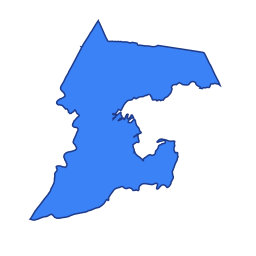 El Estor, Izabal, Guatemala, rotated 7°
{"feature_id": "79465075B63823362918265", "entity_name": "El Estor", "entity_type": "district", "adm_level": 2, "iso_a3": "GTM", "parent_name": "Guatemala", "parent_adm1": "Izabal", "projection": "robinson", "projection_center": [-89.332, 15.436], "detail": "fine", "context": "isolated", "style": "filled", "palette": "blue", "viewbox_px": 256, "rotation_deg": 7, "n_neighbors": 0, "source": "geoboundaries", "source_scale": "gbopen_adm2", "svg_char_len": 5868}
<svg xmlns="http://www.w3.org/2000/svg" viewBox="0 0 256 256"><g transform="rotate(7 128 128)"><path d="M56.2,95.8L56.3,97.2L56.7,98.1L58.4,99.7L59.6,100.2L59.6,100.6L60.6,101.5L61.4,102.9L61.5,104.3L59.1,106.4L57.0,107.4L55.2,109.0L54.3,110.3L54.1,111.1L54.2,112.2L55.2,113.1L56.3,113.5L57.1,113.3L60.2,113.7L63.7,116.8L64.8,116.4L65.2,116.5L66.9,118.4L66.8,119.3L68.5,120.7L69.8,120.4L70.6,119.4L71.7,118.6L72.7,117.3L72.8,116.7L73.6,116.8L75.6,119.8L76.2,120.2L77.2,120.5L78.0,121.5L77.8,122.2L76.0,124.1L74.6,126.4L73.5,127.7L73.1,129.6L72.7,130.3L72.6,132.2L73.2,133.0L74.6,133.8L76.8,133.7L77.9,134.2L78.7,135.4L78.4,137.4L77.8,138.5L77.2,141.4L75.6,146.3L75.3,148.6L75.4,149.1L75.9,149.8L77.3,151.0L79.0,153.3L79.4,154.0L79.4,154.9L78.9,155.8L77.5,156.9L74.3,158.3L71.7,159.1L69.9,160.0L68.8,161.1L68.1,162.2L67.9,162.9L67.9,164.8L68.9,166.3L69.1,167.3L69.8,167.9L71.8,171.3L71.9,172.4L71.4,173.8L70.9,174.4L70.4,174.8L69.2,174.4L68.1,174.6L65.8,174.0L64.4,174.0L62.3,174.4L61.5,175.1L62.0,176.7L62.6,177.4L62.7,178.6L62.2,179.8L61.1,181.3L60.9,183.1L61.2,183.9L61.2,187.6L61.4,187.9L61.3,191.3L59.8,196.0L59.2,197.1L58.5,200.4L57.2,202.6L56.7,203.9L55.1,206.3L54.9,206.8L53.8,208.4L49.2,216.4L47.4,219.2L46.9,220.4L46.3,221.0L42.6,229.4L41.9,230.4L45.1,230.9L46.3,230.8L50.5,229.0L51.1,228.5L53.4,227.3L55.4,226.4L57.9,225.8L59.0,225.2L60.9,223.7L62.5,223.0L63.5,223.3L66.3,225.6L68.7,226.2L71.7,225.7L72.5,225.3L77.0,224.1L79.8,223.1L81.6,221.9L85.2,220.1L96.9,216.3L98.7,215.0L101.1,214.1L105.4,211.6L109.0,210.2L111.1,208.4L113.2,206.1L115.4,201.8L116.1,201.6L116.8,202.2L117.1,202.3L117.5,202.0L117.5,200.9L117.3,199.6L117.5,198.8L118.9,195.9L121.6,191.1L122.6,190.0L124.1,189.1L127.1,187.9L128.1,187.2L129.2,186.9L130.3,187.0L131.3,187.8L133.1,188.4L134.5,188.1L136.4,187.1L138.8,187.6L140.7,189.4L143.0,188.9L143.6,188.4L145.3,188.9L145.8,188.8L146.2,188.4L146.4,187.6L146.1,185.8L146.7,183.9L148.9,181.8L149.6,181.5L151.8,181.1L158.5,181.3L159.5,181.0L162.4,179.5L163.6,179.6L164.2,180.1L164.2,180.8L163.7,184.4L163.9,184.8L164.4,185.0L164.9,184.9L165.4,184.5L166.2,183.5L166.2,183.2L166.4,183.1L167.7,181.3L168.6,180.6L169.5,180.1L170.5,180.1L171.5,180.3L172.9,181.2L174.0,182.3L175.2,181.7L176.4,180.2L177.3,178.2L177.4,177.5L177.3,176.2L178.0,175.2L178.3,173.8L178.9,172.6L178.9,170.7L178.0,169.1L177.8,167.6L177.3,166.5L177.4,165.8L179.3,157.6L180.6,153.8L180.8,151.7L181.2,150.3L181.1,150.0L180.5,149.4L180.4,146.8L179.8,146.4L179.1,146.4L178.6,146.9L177.5,146.6L177.2,145.5L176.8,145.2L176.2,144.0L176.1,141.2L176.6,140.2L175.9,137.9L176.0,135.6L174.8,135.3L173.9,135.7L170.1,136.0L167.5,135.3L163.7,134.9L161.9,135.0L160.6,135.6L158.6,137.9L158.6,138.4L159.3,138.5L161.4,137.4L163.9,136.5L165.4,135.6L166.2,136.2L166.7,137.0L166.7,138.3L166.1,138.8L165.0,139.0L164.5,139.4L163.6,139.5L162.8,140.6L161.5,141.0L160.7,141.8L160.1,144.7L159.6,145.7L158.2,147.5L158.1,150.1L157.5,151.1L156.0,152.1L154.5,152.2L153.4,151.8L151.9,152.3L150.4,153.6L150.0,154.2L149.0,154.9L147.6,156.2L146.9,157.5L147.2,158.5L146.4,158.4L145.9,157.2L145.0,156.9L143.4,155.7L140.9,154.4L139.1,153.1L138.3,152.2L137.6,150.8L137.3,150.8L136.9,151.2L136.9,149.1L135.5,146.4L135.0,144.4L135.1,143.8L138.2,141.1L140.3,141.0L140.6,139.9L139.2,136.2L138.9,134.8L138.6,134.4L137.9,134.3L137.4,134.4L135.6,135.6L134.6,136.8L135.3,135.5L137.1,134.2L138.0,133.0L139.3,133.1L139.7,132.2L141.3,131.6L141.6,130.8L141.5,130.6L140.3,129.9L138.7,126.7L136.3,124.5L135.0,122.1L134.5,120.0L133.6,118.8L133.0,118.7L132.7,119.0L130.3,122.3L128.0,122.5L127.5,122.4L127.5,121.9L127.8,120.2L128.1,119.8L129.0,119.2L129.9,118.1L131.1,117.5L132.4,117.5L132.3,117.1L130.8,114.9L130.4,114.6L129.7,114.8L129.5,115.1L129.5,116.1L128.9,116.6L128.5,117.6L126.8,118.8L125.9,118.1L125.9,117.7L126.5,114.7L126.1,114.3L125.4,114.5L125.0,114.9L124.8,115.8L124.3,116.5L124.0,118.5L123.3,119.1L123.7,119.6L123.6,120.0L123.0,119.9L122.5,118.8L122.0,118.7L119.4,120.9L117.6,121.9L117.4,121.8L117.5,121.5L118.4,120.8L119.1,119.4L120.4,118.9L120.7,118.1L120.6,117.1L119.3,115.5L119.2,113.7L118.7,113.6L117.6,114.3L114.4,117.9L114.0,119.0L112.2,121.1L112.2,120.6L112.0,120.2L114.0,118.5L114.4,117.3L115.1,116.4L115.0,116.1L114.5,116.1L111.8,116.5L111.2,116.3L111.2,115.9L111.8,115.4L112.8,116.1L113.6,115.6L115.8,112.2L116.0,110.9L118.0,111.1L118.7,111.7L118.9,111.6L121.1,105.6L122.4,103.3L124.2,101.0L124.8,100.6L128.5,99.5L130.0,97.2L130.7,97.0L131.6,97.9L132.6,97.9L135.7,95.7L139.2,95.0L141.1,93.7L142.2,93.5L144.0,92.3L144.8,92.1L145.9,92.4L146.7,93.1L146.8,93.7L148.0,95.0L148.3,96.1L148.8,97.0L149.2,97.2L151.8,96.5L152.3,96.6L153.0,97.4L153.4,97.2L154.0,97.3L154.3,97.2L154.5,96.5L154.8,96.3L155.4,96.2L156.0,96.3L157.0,96.9L158.0,96.2L159.6,96.0L161.0,93.6L162.0,92.8L163.3,92.1L165.5,89.1L166.3,87.5L166.9,84.3L166.8,83.3L166.3,82.7L166.1,82.1L166.9,80.4L167.9,79.5L169.8,79.1L170.7,79.2L172.6,77.3L173.2,76.8L173.8,76.9L177.3,78.3L181.0,78.2L183.0,77.5L183.6,76.2L185.4,74.3L186.5,74.0L188.0,74.1L189.4,74.6L190.1,76.1L190.9,77.0L193.4,78.2L194.8,78.7L194.8,79.1L194.5,79.7L196.8,79.9L197.9,78.8L200.0,78.7L201.6,78.0L203.6,77.9L204.2,77.0L204.4,75.5L204.9,74.2L207.3,73.8L208.4,73.2L209.4,73.1L210.5,73.4L212.1,73.3L214.1,74.4L212.4,71.3L207.7,64.4L202.1,55.4L201.4,54.8L195.6,45.8L194.4,44.2L192.9,43.8L147.5,42.4L146.2,43.4L144.9,43.9L142.4,44.3L137.9,44.1L135.4,44.4L129.5,44.3L128.2,44.7L127.6,44.4L126.5,42.8L122.5,42.5L121.1,42.7L120.4,43.1L119.1,43.3L116.9,42.8L114.4,42.9L112.7,43.3L110.4,43.0L108.6,43.4L107.5,43.2L106.2,43.7L105.0,43.6L103.0,43.9L101.8,43.8L100.7,44.1L99.8,44.1L98.9,44.4L97.4,44.2L96.7,43.4L96.4,42.7L95.1,41.0L90.1,32.6L86.8,27.2L85.8,26.0L85.4,25.1L83.4,29.1L80.2,36.3L79.1,38.2L77.5,42.1L73.5,50.3L72.8,52.5L72.5,52.9L71.5,53.0L72.2,53.8L65.2,72.3L62.4,79.3L62.1,80.5L59.9,85.7L58.7,89.5L56.5,94.6L56.2,95.8Z" fill="#3b82f6" stroke="#1e3a8a" stroke-width="1.5"/></g></svg>